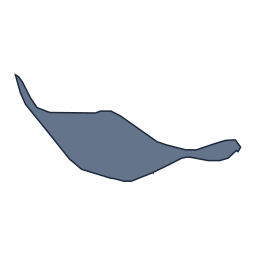 Janjanbureh, Central River, Gambia
{"feature_id": "56634734B22755125769096", "entity_name": "Janjanbureh", "entity_type": "district", "adm_level": 2, "iso_a3": "GMB", "parent_name": "Gambia", "parent_adm1": "Central River", "projection": "equal_earth", "projection_center": [-14.759, 13.54], "detail": "fine", "context": "isolated", "style": "filled", "palette": "slate", "viewbox_px": 256, "rotation_deg": 0, "n_neighbors": 0, "source": "geoboundaries", "source_scale": "gbopen_adm2", "svg_char_len": 730}
<svg xmlns="http://www.w3.org/2000/svg" viewBox="0 0 256 256"><path d="M238.1,151.7L238.8,150.4L240.6,147.1L235.2,139.9L225.4,140.4L214.6,143.7L196.1,149.9L185.6,149.8L166.7,145.0L157.0,141.7L120.4,115.9L117.9,114.6L111.0,111.1L100.5,111.1L98.0,112.0L95.4,113.0L49.8,112.5L37.1,107.7L30.6,98.1L22.6,82.4L18.6,76.7L15.4,74.8L15.6,75.5L20.4,92.9L21.9,96.2L25.5,104.3L36.6,118.0L36.8,118.3L39.6,121.7L46.8,130.6L69.6,159.2L72.4,161.5L81.6,169.3L110.9,178.3L113.0,178.4L115.9,179.1L124.0,181.2L130.6,181.2L131.2,181.2L152.6,172.7L153.0,173.0L153.0,172.4L166.7,165.8L181.6,158.2L186.3,157.2L190.3,157.2L207.7,160.5L208.0,160.6L219.6,160.6L228.0,158.2L236.3,150.6L238.1,151.7Z" fill="#64748b" stroke="#1e293b" stroke-width="1.5"/></svg>